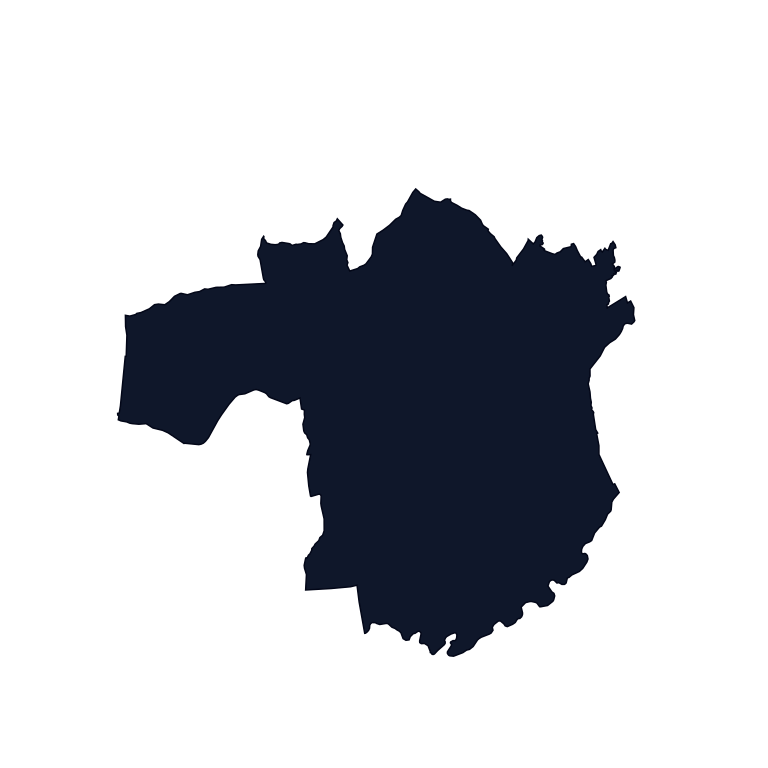 Samarinesti, Gorj, Romania, rotated 297°
{"feature_id": "2599482B36572615810111", "entity_name": "Samarinesti", "entity_type": "district", "adm_level": 2, "iso_a3": "ROU", "parent_name": "Romania", "parent_adm1": "Gorj", "projection": "robinson", "projection_center": [23.051, 44.772], "detail": "fine", "context": "isolated", "style": "filled", "palette": "ink", "viewbox_px": 768, "rotation_deg": 297, "n_neighbors": 0, "source": "geoboundaries", "source_scale": "gbopen_adm2", "svg_char_len": 6171}
<svg xmlns="http://www.w3.org/2000/svg" viewBox="0 0 768 768"><g transform="rotate(297 384 384)"><path d="M578.5,446.8L577.2,447.3L567.6,447.0L556.7,445.0L554.4,445.6L547.4,444.4L549.7,444.1L550.6,443.3L555.9,434.1L559.2,425.8L564.0,416.7L565.2,415.3L566.3,410.5L567.7,407.1L569.3,406.7L570.2,400.5L571.3,398.7L573.8,395.7L576.2,388.6L577.2,381.1L576.5,378.9L575.9,373.3L576.4,368.1L576.4,361.6L577.4,360.1L578.9,359.3L578.1,358.2L577.7,356.4L576.5,354.7L571.7,351.9L569.7,345.9L570.3,329.7L571.2,327.7L572.2,323.7L567.8,322.7L556.9,322.3L554.2,321.6L547.2,321.9L541.9,322.8L539.5,321.9L536.1,319.6L528.0,316.9L520.6,313.3L514.4,309.6L500.7,311.7L494.5,314.7L491.5,314.9L482.9,313.4L480.8,312.3L477.4,309.2L474.9,308.1L469.1,302.2L473.1,297.1L475.8,296.7L477.8,294.4L481.6,293.0L486.1,287.8L488.9,285.9L491.1,282.9L495.1,278.9L498.2,276.8L500.1,274.1L502.4,274.0L505.4,275.1L507.0,275.2L510.0,267.4L507.7,267.5L505.2,266.2L502.0,266.7L500.8,267.3L488.7,265.8L485.0,264.2L477.5,258.7L474.8,253.3L474.0,249.5L473.4,248.1L471.2,246.6L469.0,243.4L468.6,242.2L466.1,239.6L465.7,238.8L466.2,237.0L466.0,235.6L463.8,228.8L462.3,227.0L460.9,226.7L460.0,225.8L458.7,223.8L457.1,219.8L456.4,215.3L457.9,213.4L459.0,210.7L460.8,210.1L461.0,209.7L457.4,209.3L450.6,211.6L445.5,211.5L442.0,212.8L440.6,213.8L438.6,217.1L423.6,228.4L422.3,229.6L421.4,231.7L420.4,232.9L419.6,232.4L404.9,206.8L403.3,203.1L397.7,197.6L393.9,190.5L388.5,184.2L387.3,181.0L382.6,177.7L379.8,173.8L374.3,168.4L372.7,162.2L372.1,161.3L367.0,157.5L359.9,155.3L355.1,152.7L352.8,146.7L350.5,143.5L344.5,140.8L337.3,135.0L334.7,131.7L333.1,131.1L329.1,126.7L327.8,122.4L317.8,127.7L310.7,132.8L291.7,141.7L291.2,140.9L244.8,159.1L237.9,161.3L236.9,160.0L235.5,160.8L235.0,162.4L231.5,163.5L231.7,166.3L233.4,171.9L233.7,175.4L234.4,177.7L236.9,183.9L240.7,190.1L239.9,198.1L242.2,207.7L242.5,213.8L240.2,232.8L240.7,233.2L245.9,246.5L247.3,248.3L249.3,249.9L251.8,250.9L256.5,251.9L275.9,252.5L282.8,253.2L295.5,255.1L304.7,257.3L307.7,258.8L308.8,259.7L312.1,264.5L319.6,270.7L321.0,272.5L321.6,274.9L322.2,281.6L322.0,283.7L320.4,287.2L320.3,289.1L322.2,306.3L323.4,307.6L327.4,309.7L328.8,311.6L333.4,315.5L324.3,321.9L324.7,324.9L320.9,326.7L318.1,328.6L311.4,330.0L305.8,333.8L304.4,335.5L303.7,338.2L301.4,340.4L300.4,342.7L297.4,345.3L296.1,345.9L290.0,346.3L286.2,347.2L286.0,347.5L287.8,350.7L273.7,354.7L270.4,356.0L259.1,363.2L250.8,369.4L250.7,370.0L251.0,370.4L256.2,375.9L256.6,376.7L256.4,378.0L255.4,379.0L249.0,381.9L246.8,383.4L236.6,391.9L226.1,397.3L221.4,398.0L218.1,396.6L214.8,397.0L210.1,395.3L207.8,395.3L204.7,394.4L202.9,395.1L199.0,395.1L197.2,394.4L194.3,394.5L193.7,393.4L192.8,393.4L186.2,395.2L183.8,396.8L179.0,401.4L164.9,407.7L177.7,429.6L188.2,446.3L192.5,451.3L178.5,460.8L153.1,480.0L153.6,480.7L155.5,481.6L157.5,482.1L159.8,482.0L162.6,480.8L164.5,480.9L166.0,481.7L167.4,484.6L167.3,486.2L167.8,489.4L171.7,494.7L172.3,496.6L170.9,501.5L171.2,504.9L170.8,507.1L170.7,510.0L170.0,512.1L165.8,516.6L165.6,519.9L167.4,522.5L170.8,522.1L175.0,523.5L175.9,524.8L179.0,526.5L179.7,527.6L179.5,529.1L178.5,530.4L171.2,532.4L169.8,533.3L169.6,535.1L171.2,537.9L170.8,542.1L166.6,546.7L165.7,547.2L165.7,548.5L165.0,549.5L165.3,550.6L166.3,551.5L170.9,552.8L179.2,556.1L180.7,556.2L182.0,555.6L183.1,554.2L185.8,554.1L187.4,554.5L191.6,557.2L194.4,559.9L194.8,561.0L193.7,562.8L190.7,564.0L188.8,564.2L187.6,563.8L186.7,562.0L184.4,560.5L183.5,560.7L182.6,562.4L181.1,562.8L174.3,562.1L173.0,562.6L172.3,563.5L171.7,564.8L171.7,566.1L173.1,569.6L180.4,576.2L184.4,578.4L186.4,580.7L190.6,582.6L198.4,583.5L200.1,584.2L202.5,585.6L209.0,591.4L210.7,592.5L214.1,592.9L216.3,591.0L217.5,591.0L219.7,591.2L224.3,593.3L225.0,593.8L225.7,595.4L224.7,599.7L223.5,601.8L223.8,604.0L228.3,607.7L231.1,609.2L234.7,609.5L236.0,610.2L236.8,611.5L239.1,612.3L241.3,612.1L242.9,611.4L247.5,607.5L253.5,609.4L256.3,612.6L257.2,614.2L258.2,618.1L258.2,619.8L256.2,623.8L256.6,624.7L260.9,630.3L267.0,633.1L268.7,633.2L272.7,632.3L274.6,630.5L275.0,627.9L278.4,621.8L283.1,621.1L285.1,622.1L285.8,622.9L286.4,624.7L285.2,628.4L286.4,630.1L286.2,633.5L287.5,635.9L289.4,636.6L294.5,635.4L295.6,636.6L299.2,638.1L305.7,643.2L310.0,644.8L317.4,645.6L320.7,645.2L323.5,643.0L324.3,640.9L324.2,639.9L322.9,638.2L323.0,637.0L324.3,636.0L326.7,635.1L329.5,634.9L333.3,635.9L336.7,638.9L338.8,640.1L346.9,639.3L354.3,641.0L356.1,642.3L363.5,642.8L369.5,642.3L373.6,643.7L375.1,643.5L382.2,640.6L385.6,640.7L394.1,642.8L399.8,634.9L398.4,633.6L418.8,607.5L426.6,603.5L436.3,596.0L437.3,596.7L439.5,593.3L451.9,584.4L453.9,583.7L454.8,582.1L455.1,580.7L457.1,580.2L458.9,578.1L461.8,577.0L465.1,574.4L470.5,571.1L476.9,565.8L480.4,565.1L482.2,564.2L484.6,564.0L490.9,560.7L507.2,563.9L516.8,563.9L523.2,566.3L529.1,569.8L534.9,571.3L538.5,571.6L541.9,571.4L544.2,570.8L546.3,571.1L547.5,571.7L548.7,573.4L549.8,577.4L552.8,578.5L554.4,578.6L559.0,574.8L565.5,572.0L569.9,566.1L566.8,564.1L571.6,559.6L553.2,548.4L555.8,546.6L557.1,547.6L558.7,547.1L560.2,547.2L563.6,544.7L564.4,544.9L565.5,544.0L565.7,542.2L567.1,540.7L572.8,536.8L575.5,536.0L576.4,534.9L577.9,535.7L580.9,538.2L583.0,538.8L583.7,538.7L584.0,538.1L584.5,538.8L586.2,539.4L586.5,539.0L587.1,540.6L588.9,540.4L589.2,540.1L588.9,539.4L589.4,539.3L589.6,538.6L591.0,540.4L590.6,541.1L591.4,542.0L595.0,541.5L595.3,541.2L595.1,539.5L594.8,539.1L590.9,537.0L593.3,535.9L594.7,533.0L597.4,534.3L599.2,533.5L601.3,531.8L602.6,530.1L607.2,527.4L609.0,527.2L610.7,528.7L613.0,526.8L614.9,523.4L612.5,523.0L611.9,522.3L604.8,523.0L604.6,520.3L605.2,519.2L600.8,518.6L601.1,517.2L602.1,516.1L599.3,514.6L596.0,514.7L592.2,513.6L586.4,519.0L585.3,518.4L583.1,515.6L585.1,513.6L587.6,509.5L584.2,507.7L586.8,502.5L586.1,502.1L590.7,495.6L593.5,492.3L595.2,489.2L593.6,487.5L591.3,488.4L586.1,482.3L581.8,481.0L579.2,478.6L577.1,477.6L576.5,474.8L575.7,467.2L576.1,465.4L577.0,465.8L577.2,465.2L577.8,460.1L578.8,459.9L579.8,461.5L581.3,462.0L582.0,461.6L582.4,460.5L583.7,460.1L584.4,459.1L586.6,458.8L587.4,458.1L588.1,456.5L586.7,454.9L583.8,453.7L579.2,454.1L576.6,453.4L578.5,446.8Z" fill="#0f172a" stroke="#020617" stroke-width="1.5"/></g></svg>